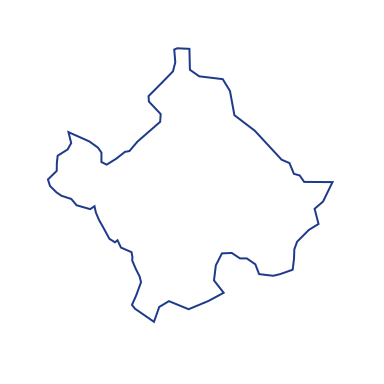 Dibër, Dibër, Albania, rotated 142°
{"feature_id": "67620474B73468897065558", "entity_name": "Dibër", "entity_type": "district", "adm_level": 2, "iso_a3": "ALB", "parent_name": "Albania", "parent_adm1": "Dibër", "projection": "mercator", "projection_center": [20.381, 41.713], "detail": "fine", "context": "isolated", "style": "outline", "palette": "blue", "viewbox_px": 384, "rotation_deg": 142, "n_neighbors": 0, "source": "geoboundaries", "source_scale": "gbopen_adm2", "svg_char_len": 1190}
<svg xmlns="http://www.w3.org/2000/svg" viewBox="0 0 384 384"><g transform="rotate(142 192 192)"><path d="M123.3,90.2L112.0,88.9L105.7,103.3L94.6,103.8L75.2,113.3L97.4,130.9L97.0,138.8L100.5,143.6L97.4,154.8L101.5,162.3L104.8,201.6L111.3,226.4L99.9,248.2L98.3,262.0L115.1,278.7L118.4,289.6L110.8,299.8L105.9,306.4L115.1,314.3L118.3,315.2L125.3,304.5L132.7,298.8L147.3,296.8L167.2,294.3L170.3,289.8L168.7,272.7L173.9,266.9L203.9,265.3L216.1,262.8L220.1,264.9L231.4,264.9L242.4,266.1L244.9,271.4L239.1,278.8L238.8,284.9L241.8,295.1L252.5,315.2L257.1,304.9L263.8,302.1L275.5,303.3L280.7,298.0L285.6,291.9L297.8,290.6L300.2,284.1L299.0,275.1L297.2,269.4L291.4,260.8L291.1,252.6L282.8,241.2L277.6,240.8L280.4,235.0L282.5,227.2L283.7,219.1L285.9,206.0L283.7,199.8L280.4,199.8L282.2,192.0L276.7,181.8L278.8,177.7L281.3,174.8L283.7,165.8L285.3,157.6L287.7,152.3L299.6,144.9L308.8,140.0L308.8,135.1L301.9,113.1L288.6,121.6L277.4,120.2L266.8,101.7L246.1,96.0L229.1,93.1L229.1,108.8L218.4,119.5L206.2,125.2L198.2,119.5L195.1,110.2L189.7,105.9L186.6,96.0L189.7,86.0L179.6,76.0L173.3,73.1L160.5,68.8L152.6,76.7L146.7,83.8L139.8,88.1L123.3,90.2Z" fill="none" stroke="#1e3a8a" stroke-width="2"/></g></svg>